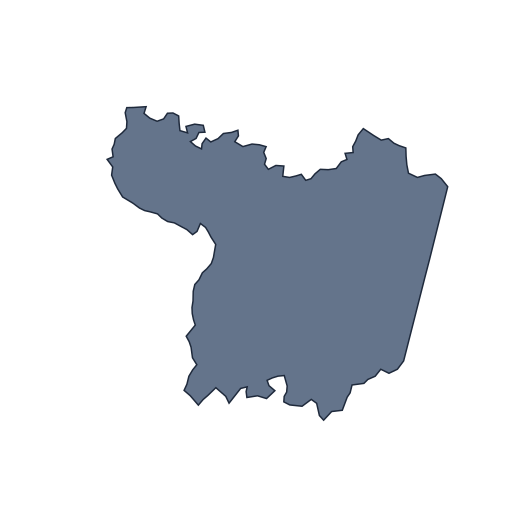 Arapuã, Paraná, Brazil (Robinson projection), rotated 293°
{"feature_id": "56859067B42065519789749", "entity_name": "Arapuã", "entity_type": "district", "adm_level": 2, "iso_a3": "BRA", "parent_name": "Brazil", "parent_adm1": "Paraná", "projection": "robinson", "projection_center": [-51.814, -24.328], "detail": "fine", "context": "isolated", "style": "filled", "palette": "slate", "viewbox_px": 512, "rotation_deg": 293, "n_neighbors": 0, "source": "geoboundaries", "source_scale": "gbopen_adm2", "svg_char_len": 2193}
<svg xmlns="http://www.w3.org/2000/svg" viewBox="0 0 512 512"><g transform="rotate(293 256 256)"><path d="M350.5,96.5L344.8,85.1L342.1,79.1L336.8,79.6L329.2,84.7L322.9,86.9L317.2,84.7L309.2,80.6L303.4,81.8L298.2,81.7L291.5,85.7L286.8,81.2L282.0,89.3L274.0,91.5L267.8,97.7L263.7,102.5L258.2,110.2L256.6,121.7L254.6,130.1L254.3,135.8L255.3,141.3L256.3,148.9L254.1,154.6L253.2,161.2L254.6,167.9L253.8,176.3L253.3,182.1L250.9,189.3L255.6,192.1L264.2,192.1L262.6,198.4L259.6,202.6L255.8,207.2L250.9,214.4L245.2,215.7L238.0,217.4L231.6,217.8L224.9,215.7L219.6,213.2L211.8,212.8L205.9,210.8L199.0,212.0L190.0,215.6L183.6,217.2L178.1,219.8L172.9,223.4L168.7,227.1L154.9,223.1L151.0,228.0L146.6,231.9L137.5,237.3L132.8,244.0L126.4,242.2L119.1,241.2L111.0,242.5L104.2,242.3L101.7,250.1L96.2,261.2L103.2,263.4L108.7,266.1L119.1,270.5L115.0,283.0L110.0,288.7L128.1,293.6L132.1,299.0L127.3,299.9L122.2,302.9L127.9,312.0L128.9,321.4L139.4,326.0L141.7,318.6L145.9,314.8L150.2,318.7L154.0,323.2L157.0,328.7L148.5,335.5L142.7,337.4L137.8,336.8L132.6,338.6L132.1,345.3L135.7,357.1L145.6,362.9L144.1,369.4L133.9,376.7L131.3,382.4L142.4,386.4L147.7,395.7L161.7,395.1L166.8,396.1L174.8,394.8L180.9,405.1L186.1,407.2L191.9,412.7L200.5,415.1L200.0,424.2L207.0,430.4L217.1,432.9L302.4,419.8L320.6,417.1L394.7,405.4L399.6,396.3L401.5,389.1L396.0,379.7L391.4,373.9L391.8,364.0L398.9,359.2L406.4,355.2L414.0,351.7L413.5,344.6L413.7,338.9L415.8,332.0L411.6,326.0L412.9,317.2L415.2,305.0L407.5,302.7L400.7,302.9L394.4,302.3L389.2,305.0L385.3,297.9L380.4,302.0L376.0,297.7L367.9,295.7L363.7,288.8L360.9,281.3L354.7,278.2L348.6,276.4L345.1,272.2L348.9,265.8L345.3,261.5L341.4,256.2L339.8,249.5L349.7,246.5L347.1,238.9L340.6,233.5L343.8,228.0L349.7,227.3L354.4,222.6L360.6,222.6L359.7,215.6L357.5,208.6L351.6,201.2L352.9,191.8L359.7,192.9L364.7,190.2L360.2,185.2L356.0,178.1L349.2,175.2L343.3,169.8L345.0,163.9L338.3,162.5L333.3,164.0L333.6,157.3L335.7,150.9L340.8,154.9L347.4,155.2L350.0,160.6L355.7,156.4L353.4,148.0L347.9,140.9L342.6,144.9L341.7,137.0L348.1,133.4L354.7,130.1L355.2,123.7L352.8,118.7L346.1,117.4L341.4,112.3L341.4,104.4L343.5,97.2L350.5,96.5Z" fill="#64748b" stroke="#1e293b" stroke-width="1.5"/></g></svg>